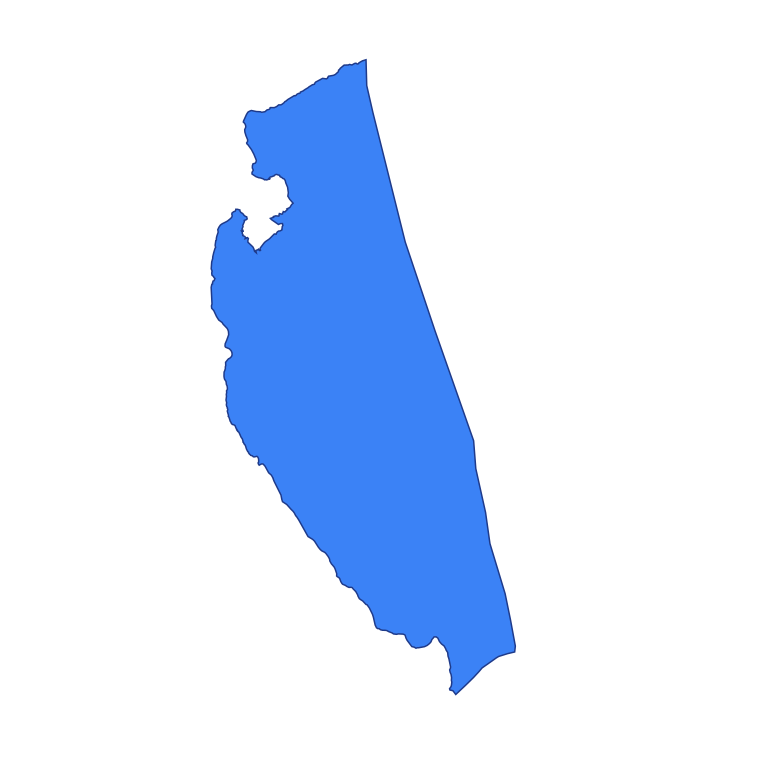 the district of Buru, Maluku, Indonesia, rotated 239°
{"feature_id": "22746128B29167244459072", "entity_name": "Buru", "entity_type": "district", "adm_level": 2, "iso_a3": "IDN", "parent_name": "Indonesia", "parent_adm1": "Maluku", "projection": "albers", "projection_center": [126.803, -3.345], "detail": "fine", "context": "isolated", "style": "filled", "palette": "blue", "viewbox_px": 768, "rotation_deg": 239, "n_neighbors": 0, "source": "geoboundaries", "source_scale": "gbopen_adm2", "svg_char_len": 6153}
<svg xmlns="http://www.w3.org/2000/svg" viewBox="0 0 768 768"><g transform="rotate(239 384 384)"><path d="M671.2,535.6L672.1,532.0L672.2,529.5L672.2,527.9L671.8,527.3L671.8,526.3L672.5,525.6L673.4,525.2L673.9,523.9L674.0,520.8L675.7,519.0L675.8,517.8L677.9,514.0L677.1,508.9L676.6,508.1L676.4,506.7L675.5,506.0L675.0,505.1L674.9,504.1L674.4,501.8L674.6,499.7L676.4,495.0L675.9,494.3L675.9,493.7L675.2,493.1L675.2,491.8L677.6,488.8L678.0,480.9L677.6,479.8L676.8,478.8L677.4,476.6L677.3,474.3L677.4,473.1L677.1,471.6L677.1,468.1L676.9,465.3L677.3,462.7L676.7,462.1L676.6,461.3L677.1,460.4L677.2,458.6L676.7,457.1L676.9,456.1L677.4,455.6L677.4,448.2L677.0,445.5L677.1,444.5L676.6,443.2L676.3,440.8L676.4,439.3L677.5,437.5L677.1,434.9L677.4,432.3L679.4,429.1L679.5,428.7L678.8,428.1L678.5,427.3L679.2,424.8L678.7,422.3L679.1,421.2L679.9,419.1L681.1,418.2L683.3,414.9L686.8,411.1L687.1,409.0L687.1,407.4L685.9,405.0L681.6,398.8L680.8,398.3L680.2,398.6L678.0,398.8L676.2,398.3L675.1,397.5L673.8,395.6L671.6,394.5L668.1,393.6L663.5,392.9L662.1,391.9L661.4,390.4L660.5,390.2L659.1,390.6L653.1,391.1L647.9,390.8L641.6,389.8L640.9,389.3L640.0,388.3L639.6,387.5L640.2,385.1L638.9,383.6L637.0,382.4L634.6,382.1L633.4,379.9L632.0,379.0L627.7,381.0L625.3,382.9L624.3,384.2L621.8,386.3L620.6,386.7L620.3,387.4L619.4,388.5L619.0,389.9L619.1,390.5L618.5,391.3L618.7,392.0L619.2,392.0L619.6,391.6L620.0,393.0L619.7,394.1L619.4,394.5L619.5,395.0L619.0,397.0L619.3,397.4L619.3,399.1L618.9,400.0L617.6,401.0L616.8,401.9L616.4,402.0L615.6,401.7L615.0,401.8L613.8,402.7L612.2,403.2L611.5,403.9L610.3,404.1L609.2,404.1L607.0,403.4L602.3,402.7L597.2,400.5L594.5,398.3L591.0,398.3L585.8,399.2L585.4,397.3L583.8,394.2L584.1,391.0L583.2,391.1L583.2,390.2L582.5,387.7L583.7,386.5L583.0,385.9L582.8,385.1L582.1,384.6L582.2,383.8L584.0,382.1L583.3,381.3L582.5,380.9L582.1,380.3L583.9,377.8L584.5,375.4L583.7,375.2L584.5,371.9L582.9,372.2L575.1,375.7L574.9,377.7L573.8,379.6L572.0,379.0L571.3,377.8L569.2,376.3L569.3,376.2L568.6,375.6L568.8,373.6L569.4,372.4L569.3,371.0L568.5,369.2L568.0,368.7L569.1,367.2L567.4,360.6L567.1,355.6L566.6,353.7L564.3,348.0L563.8,347.4L562.2,347.0L562.2,346.3L563.5,345.7L564.2,345.8L564.1,344.6L564.5,343.2L564.3,342.3L563.4,342.5L562.2,342.1L564.4,341.4L567.2,342.1L569.1,342.2L575.6,340.4L577.1,341.2L578.6,342.7L579.9,342.3L580.1,341.4L579.8,340.8L580.1,339.8L580.7,340.7L582.1,340.7L584.0,339.4L584.6,340.0L586.0,340.0L587.1,340.7L588.4,340.6L587.5,341.9L588.5,342.3L589.3,341.7L590.1,342.3L591.5,344.2L592.6,344.5L595.1,347.9L595.7,348.4L596.2,348.5L595.8,350.4L595.9,351.6L596.1,351.8L598.1,352.4L598.7,351.8L600.5,350.9L601.7,350.9L603.1,350.6L604.7,349.7L606.4,349.6L607.4,350.1L609.3,348.3L610.1,347.0L609.3,346.3L608.8,345.6L609.1,343.8L608.9,341.9L608.0,341.0L606.7,340.7L605.6,339.8L604.9,338.0L604.3,333.7L604.4,331.5L604.7,327.8L604.5,325.6L603.4,323.2L601.9,321.0L599.6,320.1L596.8,316.8L595.3,315.4L593.7,314.4L593.6,313.7L589.9,310.7L587.8,310.0L587.2,308.9L584.2,305.6L581.3,302.8L579.7,301.7L577.4,299.2L571.7,295.2L569.2,294.8L568.8,294.2L567.3,293.2L565.8,292.6L564.0,293.2L562.6,293.1L561.6,293.5L560.1,291.6L560.3,290.5L558.8,288.9L558.1,288.6L558.1,287.7L555.8,285.6L541.2,277.8L539.8,276.3L537.6,275.3L534.7,275.9L528.1,275.2L523.9,275.3L520.1,276.9L518.2,276.9L512.4,278.2L510.9,278.1L509.1,277.7L506.2,276.2L502.6,271.8L500.3,268.6L498.5,267.3L497.7,267.1L496.9,267.3L493.8,269.6L491.3,270.1L489.1,269.8L487.2,268.8L486.2,267.6L485.9,266.8L485.5,264.8L485.7,263.8L485.4,262.7L484.2,259.4L481.3,257.8L480.4,256.8L479.0,256.0L477.5,254.4L476.6,253.1L473.2,250.9L471.6,250.2L470.2,249.8L467.5,249.9L464.6,248.6L463.4,248.6L461.2,247.7L460.0,246.9L459.3,245.5L457.8,244.8L456.2,243.4L454.5,242.6L451.6,240.3L449.0,239.5L447.3,238.1L445.6,237.6L444.4,237.6L444.0,237.2L442.9,237.1L442.3,236.8L441.8,236.0L441.2,235.6L437.4,234.6L436.4,233.8L435.8,234.0L434.9,233.9L431.3,233.0L429.7,233.1L429.3,232.9L428.5,232.9L427.4,233.2L426.7,234.0L425.2,234.9L422.3,234.4L421.4,234.5L420.9,234.2L420.6,234.4L420.4,234.2L420.2,234.4L419.0,234.2L418.8,234.5L418.2,234.4L417.7,234.7L416.4,234.7L415.7,234.5L414.9,234.6L414.5,234.4L411.8,234.1L410.0,234.3L407.3,233.6L407.0,233.2L406.0,233.4L404.7,233.2L404.2,233.4L403.9,233.3L403.3,233.5L402.3,233.4L399.1,232.6L396.3,232.4L395.5,232.7L394.6,232.4L393.8,232.6L393.2,232.5L392.4,232.9L391.5,233.0L390.2,234.2L388.9,234.5L388.2,235.5L387.5,237.8L386.3,238.2L384.7,238.0L383.2,237.3L381.5,236.2L381.2,235.4L379.8,235.1L378.7,235.2L378.6,237.6L378.3,238.4L377.5,239.2L374.8,239.7L367.3,239.4L363.9,240.5L360.2,240.4L360.1,240.2L357.2,239.7L341.9,238.5L337.8,237.0L335.4,236.4L330.8,238.6L324.4,239.8L321.7,240.5L319.8,240.7L316.6,240.5L314.8,240.8L311.3,240.9L292.4,240.3L287.4,242.9L285.1,243.5L277.8,243.7L275.0,244.1L273.1,244.7L270.2,246.5L268.8,246.9L265.0,247.3L262.2,247.2L260.1,246.4L257.0,246.3L252.9,247.0L251.0,246.9L245.8,245.8L243.8,244.5L243.0,244.7L241.2,245.6L240.1,245.8L236.8,245.2L234.7,245.2L233.7,245.4L231.2,247.2L229.6,247.9L227.7,249.2L226.6,251.2L225.8,251.9L224.4,252.0L220.6,252.9L216.9,252.8L215.3,252.4L212.7,252.3L210.8,253.1L209.1,254.0L204.4,255.0L203.2,255.9L201.6,255.9L199.7,256.1L192.5,255.5L189.6,254.8L182.0,252.3L178.9,252.0L177.5,252.7L176.7,253.9L175.2,254.4L173.7,255.9L172.1,258.4L171.0,259.6L169.6,260.3L166.5,262.7L164.9,263.4L163.0,265.8L162.4,267.6L159.8,271.5L158.5,272.5L157.7,272.7L155.0,272.0L152.5,271.8L144.6,272.6L142.8,274.4L141.1,275.3L140.7,276.9L140.1,277.8L138.0,283.4L137.7,286.3L138.0,288.8L138.5,290.9L139.3,292.2L140.3,293.4L141.0,295.7L141.4,296.5L141.1,297.3L140.2,298.6L138.4,299.3L134.7,298.9L131.6,299.4L128.5,300.6L125.3,300.5L123.8,300.2L121.1,300.3L117.7,298.7L115.0,298.1L107.3,295.4L106.3,294.7L105.1,293.0L102.7,292.2L100.5,291.9L97.5,290.7L95.2,289.1L93.6,288.6L91.6,287.1L90.2,285.8L89.0,283.2L87.7,282.9L85.6,285.1L80.9,285.6L83.7,298.6L86.3,309.5L88.6,317.4L90.1,321.8L91.4,339.4L91.4,342.0L89.2,351.1L87.0,358.0L91.7,361.6L116.3,370.8L141.8,379.8L192.6,392.6L221.6,404.9L264.2,419.1L289.2,431.6L402.8,455.0L494.7,475.3L622.4,514.3L648.7,522.9L671.2,535.6Z" fill="#3b82f6" stroke="#1e3a8a" stroke-width="1.5"/></g></svg>